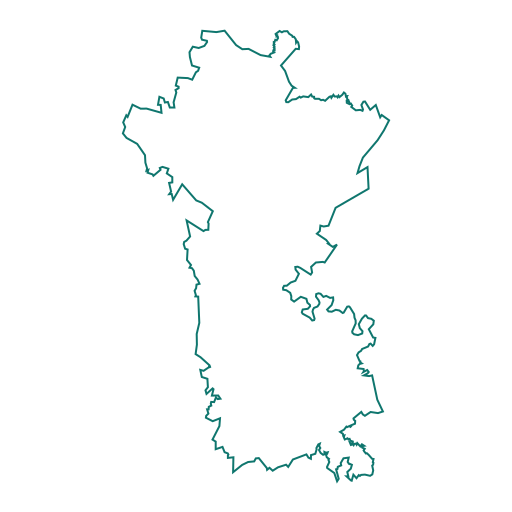 Umzinyathi, KwaZulu-Natal, South Africa
{"feature_id": "47623444B41861303399053", "entity_name": "Umzinyathi", "entity_type": "district", "adm_level": 2, "iso_a3": "ZAF", "parent_name": "South Africa", "parent_adm1": "KwaZulu-Natal", "projection": "equal_earth", "projection_center": [30.717, -28.61], "detail": "fine", "context": "isolated", "style": "outline", "palette": "teal", "viewbox_px": 512, "rotation_deg": 0, "n_neighbors": 0, "source": "geoboundaries", "source_scale": "gbopen_adm2", "svg_char_len": 6023}
<svg xmlns="http://www.w3.org/2000/svg" viewBox="0 0 512 512"><path d="M126.3,115.3L123.2,122.4L125.2,127.0L122.9,133.4L126.5,137.9L137.2,143.9L145.0,155.2L145.4,162.7L147.1,168.4L146.5,170.7L148.3,169.9L147.5,172.7L152.6,174.4L153.4,175.8L160.5,169.8L159.8,168.0L162.5,166.9L168.4,168.7L166.8,173.4L172.3,177.1L172.3,182.4L169.1,182.9L171.1,191.6L169.2,194.2L171.7,194.0L173.1,199.8L182.2,184.3L196.2,200.4L201.8,202.7L212.8,211.2L207.9,222.1L208.6,223.6L208.3,229.8L205.4,229.9L203.5,231.1L186.6,220.4L190.1,236.5L186.4,240.7L184.2,241.9L183.7,244.1L185.1,248.7L187.6,249.5L187.0,260.0L191.0,265.0L189.5,267.7L192.0,268.2L193.8,270.7L194.7,276.0L197.6,279.6L199.5,283.8L196.5,284.6L196.1,288.2L194.6,290.8L195.9,295.2L195.4,296.4L198.2,296.6L199.3,322.9L196.7,334.0L196.9,344.7L195.6,354.1L200.5,357.2L209.5,365.3L210.4,367.8L209.2,366.0L208.8,367.3L203.6,370.8L200.3,369.9L201.8,377.0L207.4,378.8L207.9,387.2L205.5,390.3L206.5,393.9L212.6,388.4L213.5,389.2L211.9,395.6L218.2,395.5L220.4,398.7L217.7,399.1L215.9,397.5L214.1,402.1L211.2,401.9L210.8,403.7L211.3,405.6L208.8,406.8L208.6,409.3L207.1,409.3L208.4,413.6L206.2,415.8L205.9,417.7L212.7,421.2L220.0,418.3L219.4,426.1L212.5,439.6L215.7,441.6L215.7,449.2L222.5,446.9L224.6,452.2L227.8,453.4L228.4,454.6L227.9,455.4L227.9,457.9L233.4,457.3L233.1,472.2L242.2,464.9L248.1,462.0L254.2,461.4L255.8,458.4L258.8,458.1L266.8,468.0L267.1,469.8L269.5,467.8L272.7,470.7L278.0,467.3L286.1,464.7L288.2,466.9L292.9,459.5L306.4,454.4L308.4,457.6L310.9,458.8L311.0,455.1L315.3,453.8L316.6,449.4L316.4,448.1L318.3,444.4L319.8,443.7L319.1,446.0L320.3,448.0L319.0,450.0L320.6,452.9L323.1,454.8L324.5,454.3L324.4,451.9L326.0,452.7L327.7,452.3L327.1,453.9L325.9,454.4L326.8,457.3L329.0,458.9L328.4,459.8L329.3,462.0L327.0,467.0L327.2,468.0L334.3,473.0L337.1,481.3L338.7,478.8L336.1,469.3L337.4,469.0L337.8,466.8L341.2,465.4L340.7,463.1L343.5,458.3L348.7,457.6L347.7,461.9L349.1,464.1L348.7,464.8L349.1,464.1L349.2,463.6L351.9,464.8L350.8,468.7L347.3,472.0L348.3,476.3L346.5,476.3L350.9,480.4L351.7,480.7L353.4,474.7L356.5,478.2L358.8,475.1L359.9,475.9L361.1,474.9L364.9,474.6L370.1,475.8L372.3,474.4L373.2,470.4L372.2,465.6L373.1,464.7L373.4,462.7L372.8,462.2L373.5,459.0L372.1,458.8L368.6,454.8L366.8,453.2L365.9,453.5L364.2,451.4L363.6,450.4L364.7,448.8L362.2,447.6L361.7,446.3L364.2,445.8L361.9,444.3L360.3,446.4L357.3,443.1L356.6,444.7L355.9,443.6L354.3,443.9L353.6,445.2L352.9,444.3L350.9,445.0L350.0,442.8L351.5,443.8L352.8,442.4L352.8,441.5L350.4,440.7L349.6,438.9L348.3,439.3L347.5,438.3L344.8,439.5L343.8,437.3L344.4,435.4L343.2,435.7L342.9,433.8L340.1,431.9L344.0,429.7L346.4,426.6L347.1,427.1L349.3,426.1L350.4,426.9L351.2,426.1L350.9,425.4L355.0,423.7L355.2,420.9L353.8,419.7L353.5,418.4L361.3,411.9L362.8,414.4L364.9,415.8L370.6,412.0L378.0,413.1L382.9,411.5L377.3,399.7L372.1,375.4L369.1,376.1L363.9,375.4L367.7,373.3L368.7,372.0L367.2,370.0L363.4,372.0L363.9,371.2L363.6,369.0L357.7,368.3L358.3,365.4L359.6,364.0L361.7,363.4L360.2,362.4L360.4,361.4L359.5,360.9L357.0,355.1L358.6,352.4L361.1,350.8L362.1,349.0L368.1,346.5L369.4,344.0L370.6,343.6L372.7,345.9L374.1,344.3L375.4,337.9L373.1,337.5L368.8,329.2L373.3,324.3L373.8,320.7L371.3,318.8L368.0,318.1L366.1,315.5L365.0,315.4L361.9,318.7L358.8,324.2L359.8,328.1L362.5,331.2L362.2,333.5L358.0,335.1L354.1,334.3L352.4,332.8L352.2,331.3L355.7,323.4L355.6,320.3L354.5,317.7L354.1,314.0L349.9,307.2L348.9,306.4L347.2,306.7L343.7,312.6L342.7,313.0L339.4,310.5L335.8,309.8L331.8,311.7L328.5,311.4L327.1,309.6L331.6,305.1L333.3,300.2L333.1,297.4L330.1,297.9L326.2,295.9L323.4,296.9L320.6,293.8L318.5,293.3L316.2,294.1L316.0,296.7L318.6,300.2L319.5,302.4L319.3,303.9L317.5,306.5L314.0,307.9L313.0,309.6L312.5,311.7L314.6,318.7L314.1,320.1L312.2,320.5L309.7,317.6L302.6,313.7L301.8,312.3L302.7,309.5L307.8,308.8L310.1,306.3L309.9,304.9L307.4,302.7L306.4,298.8L300.8,296.8L294.1,301.6L291.2,299.5L291.3,296.1L290.2,292.8L286.3,290.2L283.2,289.7L283.0,287.8L284.1,285.8L286.8,285.7L290.7,282.5L295.4,280.8L298.9,273.8L295.6,269.6L295.3,267.0L297.7,266.7L300.3,267.9L310.7,274.6L312.1,272.5L311.1,266.9L315.9,262.5L322.9,261.9L324.7,262.5L337.0,244.6L332.8,246.9L328.1,243.7L328.9,243.4L326.2,240.0L316.9,233.7L319.8,231.0L320.4,225.6L323.7,226.5L328.5,225.7L335.6,207.8L368.6,188.7L367.5,167.1L357.5,173.1L359.5,166.2L362.9,157.6L377.6,140.2L383.9,130.4L389.1,120.3L381.7,115.0L380.2,117.3L375.8,105.0L370.2,109.8L365.0,101.5L363.4,101.7L361.4,105.0L363.0,109.5L362.5,110.8L360.3,109.9L355.8,110.3L351.3,106.9L352.2,105.6L350.9,103.6L350.0,104.0L349.2,102.1L348.8,103.8L346.8,102.8L346.7,100.9L348.1,101.0L348.3,100.0L347.2,99.3L347.1,97.9L346.4,97.3L347.1,96.1L345.9,96.2L345.4,93.7L343.9,92.5L342.3,94.8L339.5,97.1L338.5,95.6L337.6,97.3L336.9,96.4L334.6,96.5L333.4,94.8L331.4,97.8L330.8,96.3L329.4,96.8L325.1,100.8L323.1,99.8L321.1,100.2L319.0,98.8L315.0,98.8L314.2,98.3L314.1,96.8L312.2,96.6L311.1,94.5L308.3,97.1L303.2,96.4L300.7,97.6L299.6,96.7L296.0,99.1L292.2,99.5L288.3,102.2L286.3,102.1L285.7,100.3L292.9,87.9L294.8,87.8L291.6,85.7L289.0,81.7L285.1,71.0L281.0,65.5L295.7,48.8L298.9,49.1L299.1,46.5L298.1,42.4L297.0,41.2L296.1,42.6L295.8,39.3L294.1,36.9L292.6,36.9L292.2,35.7L289.2,33.8L287.4,31.2L283.7,31.3L281.9,32.3L279.6,31.0L275.6,34.0L276.1,35.2L277.0,35.2L276.6,36.6L277.8,36.6L278.0,38.2L276.7,40.3L275.3,39.8L274.4,42.4L273.8,42.2L273.8,43.9L274.4,44.5L273.5,45.2L274.5,46.3L273.8,47.3L274.6,47.9L274.6,50.0L273.7,49.6L273.1,51.2L274.2,52.4L270.7,53.8L269.4,55.4L270.3,56.8L260.6,55.1L248.6,48.9L242.3,49.2L236.1,45.1L224.6,30.7L216.4,32.1L202.3,30.8L201.2,37.6L202.0,39.7L206.9,40.8L207.1,42.0L204.4,45.9L198.7,48.0L192.8,46.7L189.5,52.2L189.9,57.0L192.0,65.5L199.2,67.7L198.1,70.8L195.9,72.3L192.2,79.7L187.9,78.1L177.7,77.6L175.8,85.6L178.6,86.7L178.6,88.2L175.5,90.0L176.3,92.5L173.6,102.3L174.4,107.5L169.8,107.5L167.9,102.0L164.9,102.5L163.7,98.5L159.4,96.8L158.0,104.8L160.7,104.9L161.5,112.8L146.6,108.6L140.7,108.7L132.5,104.7L127.6,116.9L126.3,115.3Z" fill="none" stroke="#0f766e" stroke-width="2"/></svg>